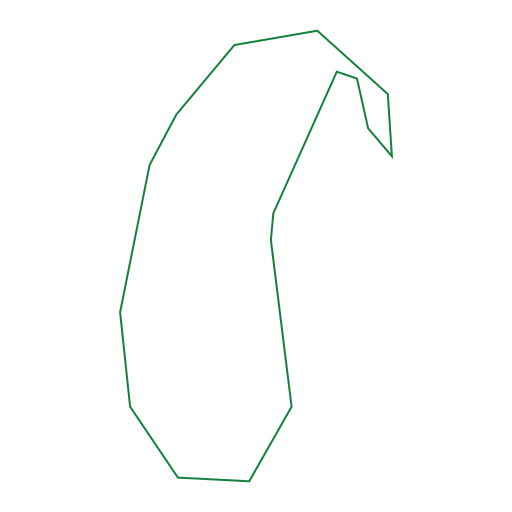 SVG path tracing the border of Palmerston
{"feature_id": "COK-4956", "entity_name": "Palmerston", "entity_type": "state/province", "adm_level": 1, "iso_a3": "COK", "parent_name": "Cook Islands", "parent_adm1": "", "projection": "robinson", "projection_center": [-159.781, -18.858], "detail": "fine", "context": "isolated", "style": "outline", "palette": "green", "viewbox_px": 512, "rotation_deg": 0, "n_neighbors": 0, "source": "natural_earth", "source_scale": "10m", "svg_char_len": 325}
<svg xmlns="http://www.w3.org/2000/svg" viewBox="0 0 512 512"><path d="M234.4,45.0L317.3,30.7L387.8,94.1L391.9,156.3L368.1,128.3L357.0,78.6L336.8,71.7L273.3,213.4L270.9,240.2L291.6,406.7L249.2,481.3L177.9,477.6L130.1,406.7L120.1,312.2L149.6,165.0L176.3,114.6L234.4,45.0Z" fill="none" stroke="#15803d" stroke-width="2"/></svg>